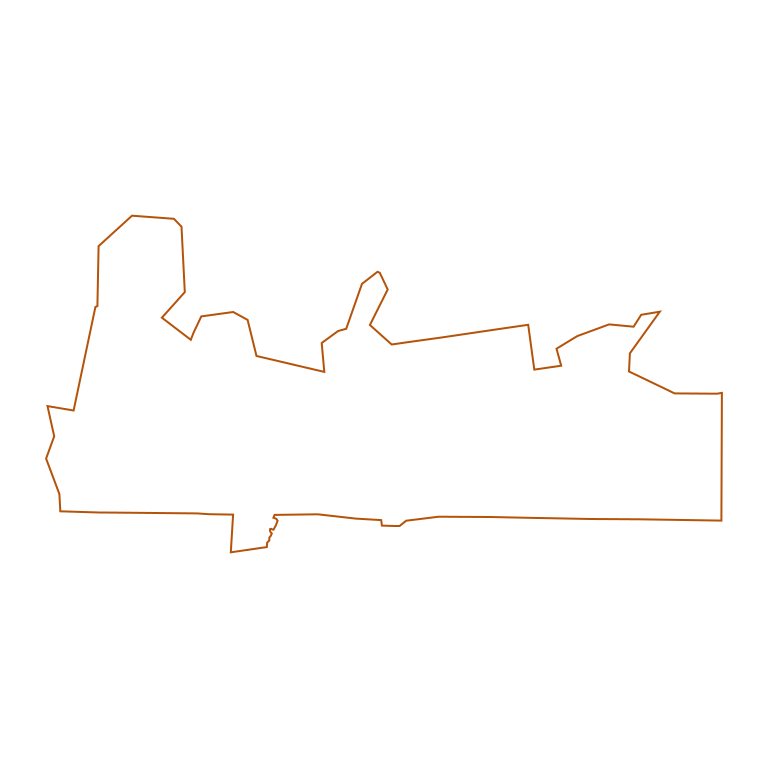 Hampden, Massachusetts, United States of America (Mercator projection)
{"feature_id": "52423323B82042063785598", "entity_name": "Hampden", "entity_type": "district", "adm_level": 2, "iso_a3": "USA", "parent_name": "United States of America", "parent_adm1": "Massachusetts", "projection": "mercator", "projection_center": [-72.662, 42.171], "detail": "fine", "context": "isolated", "style": "outline", "palette": "amber", "viewbox_px": 768, "rotation_deg": 0, "n_neighbors": 0, "source": "geoboundaries", "source_scale": "gbopen_adm2", "svg_char_len": 1243}
<svg xmlns="http://www.w3.org/2000/svg" viewBox="0 0 768 768"><path d="M60.3,511.3L92.4,512.3L99.1,512.5L113.9,512.6L196.9,513.4L197.0,513.4L208.9,514.2L233.1,514.6L230.8,552.3L261.0,547.9L266.8,547.1L267.2,542.5L269.3,540.5L269.3,537.6L270.8,535.8L271.8,533.5L270.7,532.3L270.0,530.8L270.1,529.1L271.2,528.8L273.0,529.7L273.5,529.7L275.9,525.3L277.6,520.7L276.3,518.8L273.4,517.7L274.6,514.9L317.8,514.3L355.8,518.6L381.2,520.1L381.9,525.6L394.0,526.0L399.6,526.0L406.2,520.7L420.9,518.9L438.7,516.7L452.3,516.8L490.2,517.0L532.9,517.9L554.8,518.3L590.7,519.0L624.2,519.2L639.4,519.3L671.4,519.8L721.4,520.6L721.9,392.9L717.0,393.7L674.6,393.4L629.0,371.5L629.9,353.3L659.8,311.7L641.2,314.8L633.6,326.7L609.1,324.4L578.6,335.6L577.1,336.2L556.5,348.7L561.2,365.7L534.3,369.6L528.2,324.8L497.1,329.3L441.5,337.5L425.6,339.7L406.9,342.3L391.7,344.5L369.9,325.0L387.7,289.5L379.8,272.8L377.5,271.8L362.0,283.8L346.2,328.8L338.1,331.0L321.7,343.0L324.3,371.9L256.5,356.0L247.6,319.9L233.2,312.0L201.3,316.4L193.5,332.8L190.8,339.8L161.9,317.7L184.8,292.1L181.5,226.7L173.9,218.8L132.0,215.7L98.6,246.1L97.4,306.1L95.4,307.0L73.6,410.5L47.5,406.1L54.2,436.3L46.1,458.6L59.4,494.1L60.3,511.3Z" fill="none" stroke="#b45309" stroke-width="2"/></svg>